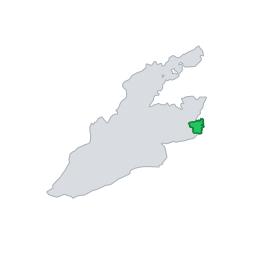 Kara-Buura, Talas, Kyrgyzstan shown in context, rotated 153°
{"feature_id": "92254566B426760339641", "entity_name": "Kara-Buura", "entity_type": "district", "adm_level": 2, "iso_a3": "KGZ", "parent_name": "Kyrgyzstan", "parent_adm1": "Talas", "projection": "equal_earth", "projection_center": [71.131, 42.476], "detail": "fine", "context": "in_parent", "style": "filled", "palette": "green", "viewbox_px": 256, "rotation_deg": 153, "n_neighbors": 0, "source": "geoboundaries", "source_scale": "gbopen_adm2", "svg_char_len": 5195}
<svg xmlns="http://www.w3.org/2000/svg" viewBox="0 0 256 256"><g transform="rotate(153 128 128)"><path d="M58.7,151.5L59.3,151.1L61.3,150.7L65.2,150.4L66.5,150.6L69.2,152.3L71.2,152.1L71.6,152.3L72.4,153.6L75.2,151.6L77.3,151.0L78.3,149.0L80.5,146.7L82.4,146.3L82.5,146.7L82.8,147.0L84.7,147.6L85.3,146.9L85.6,146.1L85.0,144.7L84.9,144.1L85.5,143.3L88.6,144.6L89.3,144.5L90.7,143.8L92.0,142.5L92.4,141.5L98.7,138.2L99.1,137.6L99.0,137.2L96.4,136.4L95.2,136.8L94.1,136.8L93.4,136.3L90.2,136.2L89.5,135.8L87.4,133.4L84.8,131.9L83.5,132.0L82.0,132.6L81.5,132.4L81.4,130.1L81.1,128.8L80.2,128.5L79.0,129.0L75.8,128.3L75.4,125.4L74.2,123.0L72.5,122.0L72.4,120.5L71.8,119.9L71.3,120.1L70.6,120.8L71.0,122.4L70.7,124.1L70.3,124.9L69.6,125.5L68.8,125.5L67.3,124.7L67.1,129.7L66.8,130.0L65.1,129.3L63.7,129.6L61.6,129.3L60.0,128.5L56.9,127.5L55.5,126.6L54.6,123.3L53.8,122.1L53.0,121.8L49.8,123.0L46.4,121.0L44.8,120.5L44.3,119.9L44.4,119.2L49.5,115.5L51.5,112.9L52.7,111.8L55.9,110.7L56.6,108.4L56.9,108.1L60.1,107.0L63.7,104.9L63.8,104.4L63.5,103.9L60.2,102.0L58.6,102.9L57.6,101.8L57.6,100.7L58.7,98.8L59.6,97.8L60.0,96.0L61.3,94.8L62.6,92.8L64.2,91.2L67.3,90.1L69.0,90.5L70.5,90.2L73.0,89.2L74.5,89.1L80.8,90.6L82.9,90.7L87.8,92.6L91.7,93.5L93.5,95.4L99.7,96.2L101.4,96.7L102.0,97.6L103.8,98.8L105.3,99.0L103.9,94.6L104.4,92.0L106.3,84.8L107.3,83.7L112.2,81.7L113.4,80.2L117.0,80.3L117.7,80.0L118.1,79.2L129.3,85.4L133.6,87.2L139.4,88.8L144.4,89.3L145.2,88.9L147.1,86.5L148.0,86.4L160.3,86.8L169.0,85.5L170.2,85.6L173.5,87.0L183.9,87.4L188.0,88.3L194.4,88.0L197.1,88.1L202.1,89.9L203.8,90.3L207.0,90.5L208.3,90.2L209.0,90.6L209.8,92.9L212.9,95.7L214.1,97.2L215.2,97.9L221.0,98.3L223.2,98.9L228.7,104.3L229.5,107.4L229.0,108.1L223.4,108.5L222.1,108.9L220.9,111.3L213.4,114.1L212.3,114.1L202.4,119.4L195.5,124.0L195.3,126.2L191.3,131.2L188.3,131.8L185.7,131.6L181.4,133.2L175.9,132.6L174.0,132.7L170.3,132.0L168.9,132.4L167.4,133.4L165.3,137.4L164.5,138.3L164.1,139.3L163.8,141.2L163.1,143.3L161.3,146.4L159.8,147.8L158.4,148.8L157.2,146.8L155.4,148.2L153.6,147.9L152.5,148.3L150.1,150.0L146.5,149.9L146.1,149.3L145.3,144.8L144.6,142.6L144.1,142.1L143.4,142.0L138.3,145.6L135.9,146.3L133.9,146.4L131.3,145.3L130.8,145.6L130.3,146.2L130.1,146.9L130.9,148.9L130.7,149.3L129.6,149.3L127.9,149.8L123.0,154.0L119.9,155.1L117.0,155.6L115.2,156.3L114.3,157.9L112.4,162.3L112.5,163.2L113.3,164.4L113.9,167.0L113.8,167.7L112.3,169.9L110.3,170.6L108.7,170.9L105.7,170.6L104.1,171.0L101.3,172.7L99.0,173.0L94.5,173.1L90.2,172.4L88.7,172.7L84.9,173.6L83.6,175.2L82.9,176.6L82.5,176.8L81.0,175.5L79.0,173.3L78.0,173.3L74.6,175.2L74.1,175.1L73.1,174.4L73.2,171.5L72.1,170.9L69.7,170.8L68.9,170.2L69.2,168.3L68.9,167.6L68.3,167.1L67.1,167.2L64.6,168.8L61.7,169.3L60.7,169.8L59.6,171.8L55.7,172.2L54.5,171.8L52.2,168.1L50.2,167.5L48.1,167.6L45.4,168.6L44.7,167.8L44.0,167.6L43.4,168.2L40.0,168.3L36.6,168.2L34.6,167.8L33.3,167.8L30.8,168.8L27.7,169.0L27.4,165.6L26.5,163.2L27.4,159.4L28.0,158.1L30.3,159.6L31.1,159.3L31.3,158.6L31.0,156.9L32.1,155.0L40.3,152.4L49.3,156.2L50.5,158.6L51.2,158.5L52.5,157.4L52.9,155.3L54.6,154.2L58.5,152.8L58.7,151.5ZM63.4,160.0L63.5,159.7L62.8,157.9L63.8,156.2L61.9,155.9L61.0,155.4L60.0,153.7L59.6,153.6L59.1,154.1L58.8,155.2L59.0,156.4L60.3,157.6L59.7,159.9L62.4,160.2L63.4,160.0ZM53.9,161.6L53.9,161.1L53.2,160.9L49.9,160.2L50.0,160.7L51.3,162.5L52.3,162.6L53.9,161.6ZM74.0,158.6L74.2,157.5L72.2,158.1L72.0,158.7L72.7,159.4L73.5,159.6L74.0,158.6Z" fill="#d9dde1" stroke="#a8b0b8" stroke-width="1"/><path d="M71.5,93.4L70.1,92.8L68.0,91.7L66.3,90.0L66.2,90.0L65.9,90.0L65.7,89.9L64.9,90.1L64.7,90.2L64.4,90.3L64.4,90.5L64.5,90.5L64.5,90.8L64.6,91.0L64.4,91.1L64.4,91.3L64.2,91.5L64.0,91.8L63.9,91.9L63.9,92.0L63.7,92.2L63.6,92.3L63.4,92.4L63.3,92.6L63.2,92.6L62.8,92.7L62.8,92.8L62.9,93.0L62.9,93.3L62.9,93.5L62.8,93.8L62.8,94.0L62.8,94.3L62.7,94.3L62.6,94.5L62.5,94.4L62.4,94.4L62.2,94.4L61.9,94.4L61.7,94.4L61.4,94.4L61.2,94.4L61.1,94.5L60.6,94.4L60.5,94.5L60.3,94.5L60.1,94.6L59.9,94.6L59.6,94.7L59.6,94.8L59.6,95.1L59.6,95.3L59.7,95.6L59.8,95.6L60.1,95.8L60.4,96.0L61.2,97.2L61.0,97.4L61.0,97.5L60.9,97.5L59.8,97.1L59.2,96.9L59.2,97.1L59.1,97.3L58.9,97.5L58.9,97.8L58.8,98.0L58.7,98.3L58.7,98.5L58.4,98.7L58.3,98.8L58.6,99.1L58.7,99.3L58.4,99.4L58.3,99.5L58.2,99.8L58.0,100.0L57.9,100.1L57.7,100.0L57.5,100.3L57.4,100.5L57.5,100.8L57.4,100.9L57.4,101.0L57.2,101.0L57.1,101.3L57.1,101.5L57.2,101.8L57.4,101.9L57.4,102.0L57.6,102.1L57.6,102.3L57.5,102.5L57.8,102.6L58.0,102.5L58.1,102.4L58.3,102.4L58.5,102.4L58.5,102.5L58.8,102.6L59.0,102.7L59.3,102.7L59.3,102.8L59.4,102.7L59.5,102.7L59.7,102.4L59.7,102.2L59.8,102.1L59.9,101.9L60.0,101.8L60.3,101.8L60.5,101.8L60.6,101.7L60.7,101.8L60.8,101.8L60.9,102.0L61.0,102.0L61.3,102.1L61.5,102.2L61.5,102.3L61.6,102.2L61.8,102.2L62.0,102.1L62.1,102.3L62.3,102.4L62.3,102.5L62.5,102.6L62.7,102.8L62.8,102.8L63.0,102.9L63.0,103.0L63.3,103.0L63.3,103.3L63.4,103.5L63.5,103.5L63.8,103.4L64.0,103.5L64.4,103.2L65.9,103.1L67.6,104.2L70.6,104.9L71.9,104.5L71.9,103.4L71.6,102.4L72.4,101.3L71.9,100.2L70.7,99.7L70.0,98.7L70.2,97.8L71.0,97.6L70.6,96.6L71.8,95.5L71.8,94.4L71.5,93.4Z" fill="#22c55e" stroke="#15803d" stroke-width="1.5"/></g></svg>